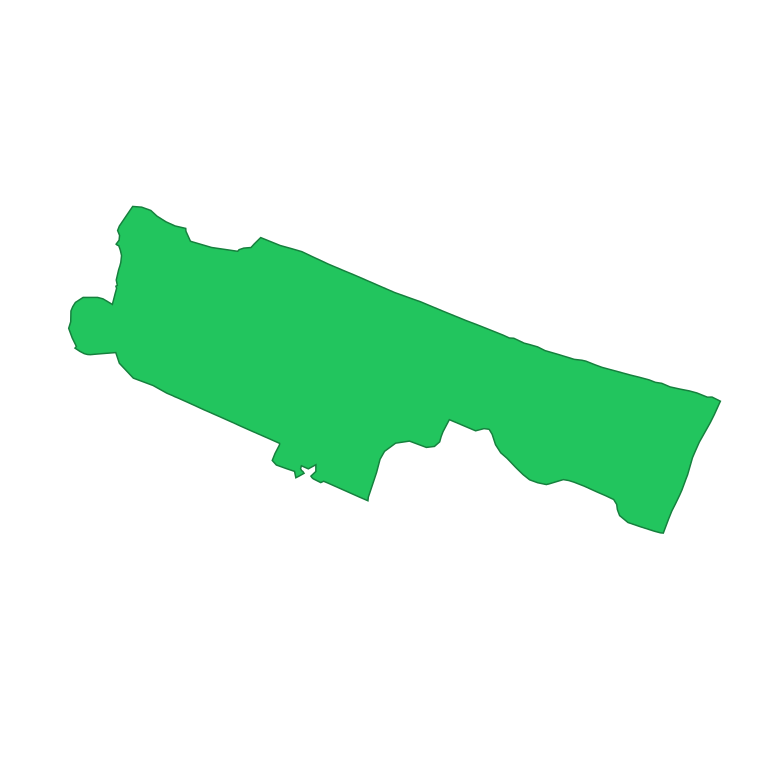 Badagry, Lagos, Nigeria (Robinson projection), rotated 204°
{"feature_id": "59680162B33139344805421", "entity_name": "Badagry", "entity_type": "district", "adm_level": 2, "iso_a3": "NGA", "parent_name": "Nigeria", "parent_adm1": "Lagos", "projection": "robinson", "projection_center": [2.918, 6.446], "detail": "fine", "context": "isolated", "style": "filled", "palette": "green", "viewbox_px": 768, "rotation_deg": 204, "n_neighbors": 0, "source": "geoboundaries", "source_scale": "gbopen_adm2", "svg_char_len": 2646}
<svg xmlns="http://www.w3.org/2000/svg" viewBox="0 0 768 768"><g transform="rotate(204 384 384)"><path d="M361.0,270.7L351.2,270.8L352.3,274.3L352.9,280.7L354.8,300.1L357.0,313.7L356.1,322.7L349.3,334.7L337.5,342.2L319.5,343.3L312.5,347.5L309.6,353.8L310.4,359.2L310.7,364.4L309.8,378.0L281.3,378.5L280.9,378.8L274.5,383.9L269.9,385.3L269.2,385.2L264.7,382.0L257.4,373.9L249.3,368.6L241.4,366.2L230.3,361.6L227.7,360.6L220.1,357.8L212.0,355.7L203.5,356.3L196.0,357.9L194.7,358.2L193.9,358.9L192.9,359.6L181.3,369.6L175.8,371.0L170.5,371.6L159.8,372.1L145.6,372.0L136.0,372.1L127.2,371.9L122.4,368.6L119.8,364.3L118.3,362.7L115.2,359.6L104.8,356.7L91.5,357.9L77.0,359.5L70.8,360.5L68.2,361.4L69.1,376.4L69.4,385.2L69.0,392.9L68.7,402.7L68.7,408.2L69.3,417.3L69.5,420.0L69.7,424.4L72.2,442.2L72.3,448.6L72.3,459.1L70.2,481.4L69.8,490.5L69.7,505.1L79.0,505.5L83.2,503.5L94.4,503.1L102.2,501.9L111.3,499.8L121.5,497.7L130.5,497.6L136.8,495.9L143.5,495.6L153.6,494.0L163.1,492.3L191.5,487.9L198.7,487.4L208.9,487.0L212.9,486.2L220.2,483.9L236.7,481.9L250.5,480.0L258.7,480.4L267.4,479.2L272.7,478.3L284.0,478.6L288.3,477.0L295.1,477.1L320.7,476.1L335.5,475.3L343.0,475.1L347.8,474.9L360.7,474.5L374.1,474.2L383.8,474.0L392.7,473.3L411.3,471.9L420.5,471.8L455.1,471.5L467.1,471.2L483.6,470.9L501.3,471.2L512.9,471.5L523.9,470.0L535.2,468.3L556.2,467.6L559.5,459.2L561.0,454.6L567.4,451.1L571.0,447.8L571.7,445.7L597.0,438.6L617.9,435.8L619.0,435.8L627.1,443.0L628.4,445.5L639.2,443.4L649.3,443.5L659.6,445.0L667.6,447.7L677.3,447.0L685.8,444.0L687.6,434.1L690.0,420.7L689.8,415.9L686.0,412.2L684.5,407.6L685.6,402.8L684.3,402.4L682.5,402.4L679.3,399.0L676.0,394.6L673.9,388.0L673.3,384.4L672.9,380.5L670.9,370.1L667.7,365.6L668.7,364.3L667.2,362.7L666.4,357.4L664.5,346.2L675.4,347.5L680.9,346.6L694.1,340.7L699.1,333.0L699.8,328.1L699.7,323.4L695.5,313.4L694.7,306.6L687.5,299.2L680.3,293.2L680.9,291.1L675.0,290.1L671.7,289.9L670.4,289.8L668.3,290.1L666.7,290.4L664.1,291.4L660.4,293.5L653.1,297.5L645.9,301.4L641.8,303.6L634.2,295.3L615.4,287.4L594.3,288.7L578.9,287.3L577.3,287.3L572.5,287.4L570.1,287.3L566.9,287.4L555.4,287.4L537.7,287.2L522.8,287.3L512.5,287.3L507.5,287.3L498.1,287.2L484.7,287.2L470.4,287.3L455.2,287.3L454.7,286.0L455.3,276.2L455.0,268.7L449.4,266.2L445.4,266.5L438.6,267.0L430.2,267.8L428.7,265.7L426.4,262.5L424.2,265.2L420.7,269.9L422.6,271.1L424.0,271.4L425.7,272.6L426.2,275.7L424.5,275.7L418.6,275.7L416.5,278.5L413.4,282.5L410.7,276.4L413.3,270.1L411.8,269.2L410.0,268.6L407.9,268.5L401.7,268.2L399.6,270.6L394.7,270.7L387.6,270.7L369.5,270.7L361.0,270.7Z" fill="#22c55e" stroke="#15803d" stroke-width="1.5"/></g></svg>